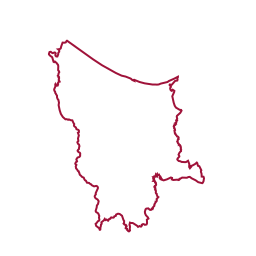 the district of Thepha, Songkhla, Thailand, rotated 345°
{"feature_id": "78962969B41607332504146", "entity_name": "Thepha", "entity_type": "district", "adm_level": 2, "iso_a3": "THA", "parent_name": "Thailand", "parent_adm1": "Songkhla", "projection": "equal_earth", "projection_center": [100.93, 6.797], "detail": "fine", "context": "isolated", "style": "outline", "palette": "rose", "viewbox_px": 256, "rotation_deg": 345, "n_neighbors": 0, "source": "geoboundaries", "source_scale": "gbopen_adm2", "svg_char_len": 5839}
<svg xmlns="http://www.w3.org/2000/svg" viewBox="0 0 256 256"><g transform="rotate(345 128 128)"><path d="M68.4,156.4L69.2,157.1L69.1,158.3L69.4,159.0L69.3,160.0L69.4,160.7L70.4,162.2L70.9,163.3L72.4,164.5L72.6,166.4L73.0,167.4L73.7,168.0L74.2,170.2L76.2,171.0L76.6,171.8L77.9,173.0L78.1,173.8L80.1,175.6L82.3,175.7L83.1,176.3L83.5,177.2L83.5,177.9L83.2,178.6L79.9,182.6L79.8,183.7L78.5,184.8L78.1,185.5L78.1,186.1L78.5,187.5L80.1,189.2L80.7,191.1L79.4,193.6L77.9,194.8L77.2,196.6L75.3,199.7L75.3,200.5L75.6,201.1L76.8,202.3L77.2,203.1L77.5,205.6L76.8,206.9L76.6,209.3L76.0,210.0L74.7,210.3L73.3,211.5L71.9,212.2L71.9,214.3L74.0,217.1L74.3,217.8L74.3,218.9L74.5,219.1L75.0,218.9L75.6,217.0L76.4,215.7L76.9,214.3L77.8,213.7L77.9,212.2L80.7,211.0L82.0,209.8L82.4,211.1L83.7,210.9L84.5,212.2L84.9,212.4L86.1,211.1L87.4,211.1L88.0,210.2L88.7,210.0L89.2,210.4L90.9,210.8L91.5,210.4L91.9,209.8L93.5,209.7L93.9,208.8L94.2,208.5L96.2,208.2L97.7,208.9L99.5,211.2L99.8,215.6L100.2,216.8L99.6,218.7L99.0,219.2L99.7,220.5L100.7,220.9L100.7,221.5L101.0,221.4L101.2,221.8L101.2,222.7L100.3,223.1L99.8,224.3L101.0,225.1L100.8,226.3L101.3,226.7L101.4,227.4L101.9,228.0L102.4,228.1L103.4,227.5L103.6,225.8L104.3,224.1L104.5,222.7L104.3,222.0L105.4,219.9L106.5,220.6L107.7,220.9L108.4,221.4L111.5,224.8L112.1,226.1L113.8,225.7L114.9,226.6L115.2,226.6L116.2,225.8L116.3,225.0L117.7,224.7L118.4,225.0L119.2,225.9L120.9,226.0L121.6,225.2L121.9,224.3L122.5,221.4L124.3,220.8L124.1,219.5L122.7,216.9L122.4,214.8L122.6,213.3L123.9,211.1L124.8,210.6L126.8,210.9L127.5,212.1L127.9,212.3L128.0,212.7L128.3,212.9L129.5,213.0L130.0,212.3L130.7,212.6L131.0,211.7L131.4,211.8L131.8,210.9L133.2,210.1L133.4,209.2L133.8,209.0L133.9,208.4L135.2,207.2L135.5,206.5L135.8,206.7L136.8,206.0L137.3,204.7L137.2,204.1L139.4,202.6L138.7,201.8L138.7,200.8L138.5,199.7L138.7,199.0L138.1,198.2L138.1,197.6L138.7,196.0L138.2,194.6L138.8,194.2L138.7,193.6L138.9,192.7L138.8,192.4L138.3,192.4L138.2,191.7L138.7,191.5L138.9,190.9L139.9,190.8L140.5,190.1L140.4,189.3L140.8,188.5L140.6,187.8L140.2,188.0L140.0,187.7L140.2,187.1L140.0,186.1L139.1,185.8L140.0,185.3L139.9,185.0L139.5,185.3L139.1,184.8L139.4,184.1L139.3,182.9L139.6,182.6L139.8,183.2L140.1,183.2L140.1,182.6L139.8,182.0L140.5,182.1L140.9,181.5L141.9,182.1L142.7,180.5L143.1,182.0L143.5,182.3L143.8,180.3L144.2,180.0L144.2,181.4L144.5,181.4L144.9,180.9L145.9,181.0L145.9,181.9L146.7,183.2L146.8,183.7L146.3,183.7L145.7,184.5L146.0,185.5L146.3,185.4L146.2,184.5L146.8,184.6L147.3,185.7L146.8,186.0L146.9,186.5L148.9,187.8L152.2,187.7L156.6,186.9L157.6,187.6L157.0,189.0L157.7,189.3L158.1,189.9L162.0,190.6L163.0,191.0L163.1,191.3L163.7,191.4L164.7,190.9L164.7,190.4L166.8,190.2L167.4,189.9L172.0,191.3L173.6,191.0L175.0,191.2L176.6,193.2L179.8,196.0L181.8,198.5L185.4,200.5L186.1,200.2L187.2,198.9L188.4,196.2L188.3,194.6L186.6,194.0L187.2,191.3L187.1,189.3L187.3,188.4L187.9,187.8L187.0,183.4L185.8,182.6L185.8,179.8L185.5,179.2L183.4,180.2L180.1,181.0L179.2,180.9L179.0,181.8L177.4,182.9L177.0,181.5L177.9,178.6L177.5,175.2L175.3,175.9L174.4,175.8L170.9,174.6L170.0,173.7L168.5,173.0L167.7,171.8L167.5,171.1L168.0,170.3L170.2,168.9L170.3,168.1L169.9,166.9L170.9,165.6L172.4,164.4L173.2,164.1L173.3,163.4L173.7,162.9L173.4,162.0L174.0,161.1L173.9,160.5L174.1,160.0L174.1,159.2L173.7,159.1L173.8,157.9L173.0,157.1L172.7,157.2L172.9,156.2L172.3,155.5L172.4,154.4L172.0,153.9L172.3,153.5L172.7,153.3L173.0,152.3L173.9,151.9L173.7,151.3L174.4,150.7L174.3,149.8L173.8,149.1L173.2,148.9L172.9,147.6L172.5,147.1L172.3,145.6L171.9,145.5L172.2,142.4L172.9,142.2L173.0,141.1L172.8,140.7L172.8,140.1L172.6,140.0L172.8,139.6L172.5,138.5L173.0,137.6L173.2,137.4L173.3,137.7L173.5,137.3L174.5,137.3L175.1,136.4L175.5,136.4L175.5,135.6L175.2,135.4L176.1,135.1L176.2,134.6L176.6,134.2L176.5,133.4L177.3,133.3L177.1,132.5L177.9,131.9L178.0,129.7L178.5,128.9L182.4,126.9L184.2,125.1L184.0,124.3L182.6,123.8L179.6,120.7L178.9,118.6L178.7,115.4L179.0,108.8L181.9,105.2L182.4,104.1L181.0,102.5L180.7,102.6L179.9,103.5L179.1,102.7L178.9,101.7L179.0,100.6L179.4,99.9L180.1,99.4L180.2,98.9L180.1,98.4L179.7,98.1L179.3,97.2L179.8,96.8L180.8,97.5L181.4,97.6L185.7,94.7L187.9,94.9L188.4,94.1L188.6,92.4L189.4,91.8L189.5,91.4L185.5,92.3L179.6,93.2L178.1,93.8L171.1,93.6L169.0,93.9L167.7,93.7L162.8,92.3L155.7,89.2L151.0,86.5L146.4,83.0L145.9,83.0L146.0,83.9L144.5,82.7L143.7,81.3L142.8,80.5L139.0,77.7L135.4,75.8L130.5,71.7L119.2,60.7L112.1,52.7L91.7,27.9L91.4,27.9L90.0,29.2L89.0,29.2L86.9,28.6L84.6,31.9L83.6,33.7L82.6,34.1L80.9,33.9L81.7,35.0L81.3,36.5L80.1,37.4L79.6,38.9L78.3,40.6L77.2,40.3L76.7,39.4L76.7,38.6L77.5,37.2L77.2,36.4L76.5,36.0L74.7,36.2L74.1,35.8L73.1,34.4L71.9,34.3L70.9,35.7L70.7,36.5L71.8,38.5L72.8,39.5L73.1,40.2L73.2,44.8L73.7,45.3L74.6,44.9L75.1,45.6L75.9,46.8L76.4,48.3L76.7,48.6L76.7,50.1L75.5,54.0L75.7,54.8L76.1,55.4L76.0,56.4L75.1,57.2L74.4,58.8L73.7,59.4L74.6,60.9L74.5,61.3L74.0,61.4L74.2,62.5L73.6,63.4L73.9,65.2L73.6,65.1L73.6,64.4L73.4,64.3L72.8,66.0L72.2,66.2L71.5,67.2L71.8,67.7L71.1,68.8L70.0,68.7L69.5,68.1L69.4,67.4L69.1,67.9L68.9,67.7L68.6,69.1L66.7,71.5L66.5,72.9L67.0,74.0L66.8,75.3L67.2,76.1L67.2,76.7L67.8,78.4L67.4,79.8L67.4,80.6L67.6,82.1L68.0,82.6L68.0,83.0L67.9,85.7L66.9,87.9L66.6,93.1L66.8,97.0L67.9,100.5L69.8,103.4L71.1,103.6L72.3,104.6L73.1,104.4L74.8,105.7L76.2,106.2L76.6,108.9L77.1,110.3L76.5,111.3L76.5,112.3L77.8,114.0L77.9,115.8L79.6,117.0L79.9,117.9L79.5,119.3L78.4,119.6L78.6,122.5L77.0,125.1L76.7,127.7L75.4,128.6L75.6,130.3L76.4,131.3L76.4,133.0L75.9,133.7L75.1,135.7L74.1,136.2L73.4,137.0L74.0,138.5L74.9,139.2L75.2,139.8L75.2,140.6L74.7,141.7L74.6,142.5L74.0,143.1L73.4,143.4L71.6,143.5L70.3,144.6L70.0,144.9L70.0,145.6L70.2,147.0L69.8,147.3L68.9,147.5L67.9,148.6L67.9,149.3L68.6,150.3L67.6,151.5L67.4,153.6L68.2,155.1L68.4,156.4Z" fill="none" stroke="#9f1239" stroke-width="2"/></g></svg>